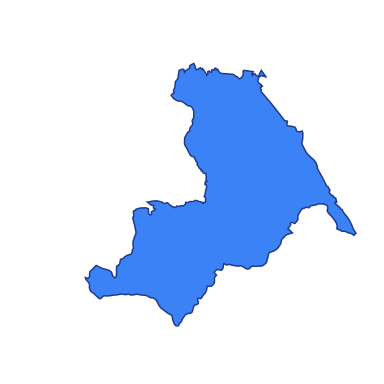 Bozioru, Buzau, Romania (Robinson projection), rotated 246°
{"feature_id": "2599482B64947302268999", "entity_name": "Bozioru", "entity_type": "district", "adm_level": 2, "iso_a3": "ROU", "parent_name": "Romania", "parent_adm1": "Buzau", "projection": "robinson", "projection_center": [26.468, 45.407], "detail": "fine", "context": "isolated", "style": "filled", "palette": "blue", "viewbox_px": 384, "rotation_deg": 246, "n_neighbors": 0, "source": "geoboundaries", "source_scale": "gbopen_adm2", "svg_char_len": 6057}
<svg xmlns="http://www.w3.org/2000/svg" viewBox="0 0 384 384"><g transform="rotate(246 192 192)"><path d="M282.1,288.8L281.5,287.7L279.7,287.2L277.1,285.5L276.2,283.0L276.1,281.2L278.9,280.2L279.8,279.1L281.0,278.6L281.0,278.4L282.7,277.5L288.9,266.2L290.1,266.0L291.1,265.5L293.7,265.4L293.7,263.8L295.0,264.3L295.8,263.5L294.5,261.3L295.5,259.9L295.4,259.8L295.1,259.4L293.6,259.3L293.4,258.7L293.7,257.8L294.1,257.4L295.4,257.2L295.5,255.3L293.4,254.7L293.4,253.9L292.7,253.1L294.2,253.1L300.2,251.8L299.6,251.2L299.8,251.0L302.2,250.2L301.6,246.2L303.3,245.3L304.8,245.9L308.7,246.0L308.6,242.6L308.3,241.5L308.1,241.1L306.0,240.3L306.1,238.9L305.6,237.8L305.4,235.0L304.8,234.6L304.4,233.8L307.3,234.3L308.1,233.1L308.3,232.2L308.3,229.7L303.8,226.7L301.9,225.8L300.6,223.9L299.5,221.7L295.6,219.5L294.2,218.5L292.7,216.9L292.7,216.7L291.9,216.3L290.0,216.1L289.5,213.6L288.8,212.3L285.0,213.2L283.6,214.0L280.9,216.1L279.2,219.1L277.8,220.4L272.7,223.2L271.8,224.2L271.2,225.3L270.2,226.2L267.6,226.6L265.1,226.5L260.2,224.3L258.9,223.6L258.2,222.2L256.8,221.0L254.3,220.6L253.6,220.1L252.6,218.7L251.5,216.4L250.4,215.5L248.6,214.7L248.5,212.8L248.2,212.2L245.5,208.8L244.9,207.8L244.3,207.2L239.2,204.8L237.1,204.6L234.6,205.0L226.4,205.4L225.3,205.8L223.0,208.2L221.3,208.1L220.2,208.4L218.9,208.1L216.2,208.8L214.6,207.6L213.2,208.3L210.8,208.3L209.3,209.1L208.9,209.8L208.3,209.8L207.6,209.0L206.8,210.0L205.2,209.9L203.9,210.9L203.7,211.9L202.9,212.1L201.1,211.4L199.9,211.3L198.3,210.0L196.0,210.1L195.7,209.5L196.3,208.9L196.2,208.6L195.7,208.4L195.4,207.9L194.3,207.5L194.1,207.0L193.5,207.0L192.5,207.9L189.8,207.1L189.0,206.0L184.3,202.8L183.0,201.3L180.8,202.0L179.1,201.0L178.2,200.9L177.7,200.4L177.1,199.6L177.8,198.3L177.0,197.6L177.6,197.1L178.7,196.9L178.9,196.2L179.7,195.7L180.2,194.8L182.0,193.1L182.7,192.1L183.1,191.2L182.6,190.3L182.7,189.8L184.2,185.8L184.0,183.7L185.2,182.1L183.6,181.1L183.0,178.8L183.0,178.1L184.2,175.8L184.1,174.1L185.4,172.3L184.5,170.9L184.5,170.5L185.8,169.4L186.6,167.9L187.7,167.6L189.4,166.2L191.8,165.5L192.4,164.7L192.5,162.4L194.1,160.8L195.0,160.5L198.2,156.4L199.7,152.4L200.5,148.6L201.0,147.2L196.8,149.2L195.7,151.4L195.3,151.5L194.0,150.6L192.9,150.3L191.1,151.6L190.8,150.7L190.4,146.8L188.5,146.2L187.9,145.2L187.9,144.8L188.9,143.9L189.7,143.7L191.5,144.1L193.9,145.2L194.5,145.3L195.0,144.9L196.3,143.4L198.5,138.0L199.0,133.6L198.3,133.1L198.2,132.7L198.5,131.6L198.3,130.8L197.5,130.3L193.4,129.0L193.1,128.7L193.1,127.9L192.0,127.2L188.7,126.7L188.2,126.5L184.9,126.1L183.3,125.6L178.7,124.7L177.3,124.1L176.3,123.5L175.8,122.7L174.6,121.7L174.0,120.7L172.6,119.8L170.9,118.0L167.0,116.4L164.8,115.8L164.1,115.2L163.3,113.9L161.3,112.8L159.9,110.8L160.3,109.1L160.5,106.5L160.1,104.2L159.2,101.6L159.6,99.4L155.5,96.5L154.9,94.4L155.2,94.0L154.9,93.2L152.9,91.9L149.1,90.3L146.3,88.9L145.1,87.6L145.0,87.0L145.2,86.6L146.8,85.6L149.0,85.5L151.4,85.9L153.3,85.0L154.5,84.0L158.9,78.7L163.9,74.6L163.6,73.4L161.8,69.6L161.2,67.4L160.6,66.1L156.3,63.9L155.7,62.9L155.5,62.2L155.8,61.4L157.2,59.8L155.3,59.6L150.4,60.9L149.4,60.8L146.4,59.4L144.1,59.0L142.5,59.1L141.6,59.5L139.3,61.0L133.2,63.5L131.8,64.6L131.7,65.1L132.9,68.2L133.0,69.5L132.2,70.8L131.0,73.6L129.2,80.0L128.6,81.1L128.3,82.8L127.5,86.0L125.0,90.0L125.0,91.2L124.6,92.6L122.8,94.1L121.9,96.5L121.1,100.2L119.0,103.0L116.7,107.1L115.4,108.8L112.5,111.0L111.8,111.7L111.3,113.1L110.0,114.2L107.7,115.4L101.8,115.7L98.7,116.4L91.0,120.7L87.8,123.2L87.1,123.4L83.9,122.6L78.5,122.1L76.3,122.9L75.4,124.7L75.3,125.2L75.5,125.7L77.0,126.6L77.3,127.1L77.1,127.8L78.3,130.1L79.3,130.8L82.5,135.8L82.7,138.3L81.9,141.3L82.1,142.9L83.6,144.6L84.8,145.3L87.1,147.4L87.4,148.0L87.5,148.6L87.2,150.7L87.5,152.2L89.0,153.1L91.4,153.3L92.4,153.8L92.3,154.9L91.3,156.0L91.1,156.7L91.3,157.5L93.1,160.1L94.3,163.0L96.5,165.4L99.8,167.7L98.5,170.0L98.1,171.6L99.2,174.4L100.3,175.8L104.0,177.4L104.9,178.1L106.1,180.6L109.4,179.5L110.2,180.6L111.0,183.0L110.6,184.1L108.6,186.8L108.6,187.5L109.5,188.9L110.4,189.8L113.5,191.8L112.9,192.8L111.4,193.7L111.0,194.3L111.0,196.2L108.6,199.1L105.5,203.9L104.7,206.8L101.6,209.2L100.3,209.9L98.9,211.5L98.7,212.9L98.8,213.8L99.2,214.8L99.8,215.5L99.9,216.1L96.0,225.7L96.1,227.5L97.0,230.8L98.0,232.1L99.8,233.0L101.0,234.5L104.2,236.6L105.2,238.2L104.9,243.0L105.2,245.3L105.6,247.0L107.5,250.5L108.5,251.7L109.9,253.1L111.4,253.8L112.9,256.2L113.3,257.9L114.4,260.0L114.4,262.3L113.8,267.2L119.5,264.7L121.4,268.2L122.0,268.9L123.4,268.9L123.8,270.1L123.4,271.1L121.4,273.2L123.2,276.8L124.1,277.8L125.5,278.2L127.5,279.3L129.1,281.4L131.2,284.3L131.8,286.1L131.9,287.0L131.4,288.8L131.9,289.7L130.1,292.3L130.1,293.0L131.2,294.6L129.8,300.3L129.8,302.6L127.5,307.4L126.0,309.0L125.0,309.7L123.7,310.1L121.7,309.2L120.5,308.2L119.8,307.9L117.6,307.9L111.5,310.1L107.3,311.0L104.7,311.2L102.1,310.9L100.7,310.2L100.2,309.6L98.8,309.6L97.0,311.9L95.1,312.9L94.2,315.3L93.1,316.5L91.0,318.3L89.6,320.3L86.5,322.4L87.4,323.6L87.5,325.0L92.5,324.3L96.5,324.5L101.9,324.3L106.9,323.4L112.4,321.9L114.8,322.1L115.8,321.0L117.8,320.7L123.7,317.9L124.4,318.4L124.5,318.8L123.9,319.5L123.8,320.1L128.1,320.8L129.2,319.6L131.4,319.3L131.9,318.2L136.0,317.1L136.3,317.2L136.9,318.3L137.4,318.7L141.8,318.3L142.6,317.3L144.6,317.4L152.6,317.0L162.1,316.1L164.5,316.8L167.6,317.2L172.4,316.2L174.0,315.2L179.6,313.0L182.6,312.4L191.2,311.9L192.3,312.5L194.6,314.2L198.4,316.2L200.7,317.2L202.9,317.5L203.2,315.0L204.2,313.0L205.7,312.3L207.7,312.7L209.1,312.5L209.4,312.3L211.0,310.4L212.5,308.1L212.9,307.1L213.8,306.0L215.0,306.0L217.5,307.8L218.1,307.8L218.5,307.4L219.1,305.8L239.8,300.6L255.3,296.1L256.6,296.3L257.0,296.9L257.8,296.4L259.2,296.8L259.2,297.7L260.3,297.9L260.1,299.3L261.5,299.0L264.2,297.4L265.4,297.1L266.8,297.3L269.1,299.1L269.7,300.1L270.2,302.8L269.2,303.6L269.1,304.5L268.3,304.7L267.2,306.3L275.0,304.8L272.4,301.6L270.2,299.6L272.9,297.9L274.7,297.4L274.5,295.6L273.9,294.7L275.1,294.5L277.0,296.9L282.1,288.8Z" fill="#3b82f6" stroke="#1e3a8a" stroke-width="1.5"/></g></svg>